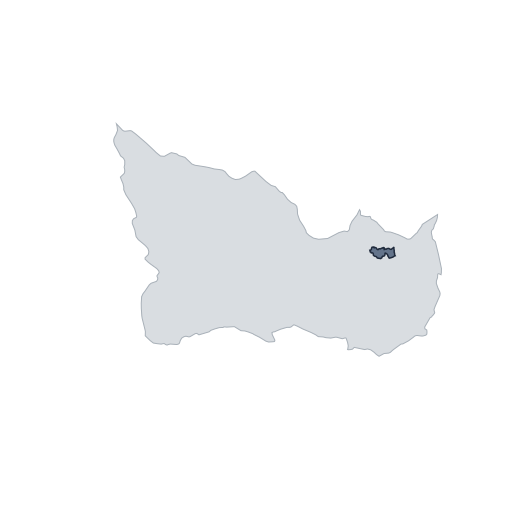 location of Boganda, Lobaye, Central African Republic, rotated 210°
{"feature_id": "33826404B33100016317003", "entity_name": "Boganda", "entity_type": "district", "adm_level": 2, "iso_a3": "CAF", "parent_name": "Central African Republic", "parent_adm1": "Lobaye", "projection": "mercator", "projection_center": [17.223, 4.309], "detail": "fine", "context": "in_parent", "style": "filled", "palette": "slate", "viewbox_px": 512, "rotation_deg": 210, "n_neighbors": 0, "source": "geoboundaries", "source_scale": "gbopen_adm2", "svg_char_len": 5709}
<svg xmlns="http://www.w3.org/2000/svg" viewBox="0 0 512 512"><g transform="rotate(210 256 256)"><path d="M346.2,196.7L350.5,197.8L351.2,199.1L350.0,203.4L350.9,206.1L353.3,208.4L355.7,209.3L358.0,209.9L366.1,211.3L369.5,212.8L373.9,217.9L379.5,222.4L380.8,224.9L380.6,227.1L378.9,229.7L379.2,230.8L381.7,233.5L384.7,236.2L390.0,239.3L399.3,244.0L403.6,247.2L405.0,249.6L407.4,252.2L410.7,254.7L412.9,256.5L411.4,261.7L411.9,263.4L412.7,264.9L414.6,267.0L415.4,269.6L417.3,272.9L419.6,274.4L423.4,275.0L425.5,276.5L429.7,279.1L433.7,281.4L435.5,283.0L436.6,284.3L437.5,286.0L437.9,287.6L438.0,291.1L438.7,295.5L440.9,298.5L443.0,300.7L434.6,298.2L433.4,298.1L431.9,298.5L427.6,301.7L426.2,302.1L420.7,301.4L407.5,298.9L397.3,296.5L394.3,295.7L388.8,294.8L385.2,296.5L381.8,302.1L380.9,303.2L375.6,304.8L373.1,304.4L366.9,305.9L357.5,303.6L354.1,304.1L351.4,305.2L344.6,307.8L340.5,309.2L335.7,310.5L331.1,312.5L328.1,313.6L325.1,313.6L322.3,312.5L319.4,311.5L315.8,311.3L312.1,311.9L309.0,314.1L307.7,315.7L305.0,319.9L301.8,326.8L300.5,328.2L299.4,328.9L284.6,325.5L278.2,324.7L273.9,325.7L268.5,323.8L266.1,323.5L265.0,324.1L262.0,323.2L257.1,320.9L252.4,319.9L248.2,320.2L245.6,319.4L243.6,317.1L240.9,313.0L236.1,308.8L229.6,305.5L225.6,303.0L224.0,301.3L220.5,300.4L215.2,300.2L210.1,301.8L202.7,307.0L195.9,317.7L192.1,321.7L189.0,322.8L188.3,325.4L189.8,329.4L190.2,334.1L189.1,342.1L189.5,347.9L187.9,346.9L186.3,344.2L185.6,343.7L181.1,344.9L178.7,346.0L177.5,347.1L176.6,347.2L175.1,345.8L174.0,345.5L172.2,345.8L170.4,345.7L169.2,345.6L168.5,345.7L166.3,344.8L158.6,342.6L157.3,341.8L155.7,341.9L151.7,343.9L149.6,344.4L143.2,345.6L136.3,346.2L133.7,346.2L131.9,347.1L130.7,348.3L128.6,355.6L128.0,356.9L128.1,358.8L127.5,364.7L127.8,366.5L119.5,382.7L118.2,380.0L117.3,376.9L117.0,373.2L117.2,372.3L116.7,371.2L116.0,368.2L116.6,366.3L116.1,364.3L114.5,362.3L113.1,360.8L112.2,359.5L111.5,358.9L109.9,358.7L107.8,358.0L98.7,348.5L89.1,337.8L87.2,334.3L86.4,332.3L88.8,332.1L89.4,331.7L89.4,330.8L88.0,328.1L87.3,324.6L86.1,322.4L82.4,319.2L78.8,316.7L77.7,315.4L77.0,313.6L75.7,302.0L75.1,298.7L74.0,297.3L73.1,296.6L72.8,295.8L73.0,293.7L73.5,291.9L73.4,291.2L74.4,289.5L74.4,278.8L73.3,277.4L71.1,277.3L70.0,275.8L69.0,273.8L69.3,272.4L71.4,270.2L72.7,269.4L76.8,267.7L77.9,266.8L78.6,265.8L79.1,264.3L81.5,258.8L84.9,253.3L86.4,252.2L90.0,244.1L90.8,242.0L91.4,239.9L92.5,238.3L96.4,235.5L99.3,230.7L102.4,230.9L105.7,231.7L109.8,232.1L113.0,231.2L115.1,229.3L125.2,226.0L125.9,223.5L127.5,222.1L129.3,220.9L130.0,220.8L130.1,221.6L131.2,224.3L133.5,227.0L136.9,229.9L137.8,229.7L139.9,227.5L145.2,226.1L146.5,225.5L150.2,222.3L154.7,220.2L157.3,219.5L161.8,217.3L165.0,217.6L170.2,217.3L178.8,216.2L185.0,215.9L188.2,215.5L189.0,215.1L190.2,212.0L191.1,211.1L193.5,209.7L198.0,205.0L201.0,201.1L202.0,199.6L202.6,199.4L203.9,197.7L202.6,196.0L197.5,192.5L197.5,192.0L197.2,191.4L197.5,190.9L199.5,189.5L202.1,187.8L204.9,187.2L212.3,187.4L218.5,187.0L220.0,187.1L224.9,186.3L228.2,185.5L231.7,183.8L239.4,184.0L245.9,179.7L247.8,178.9L248.6,178.2L248.8,177.6L251.8,175.8L255.2,172.3L257.9,169.1L258.7,166.9L266.0,159.2L268.5,159.4L269.8,158.4L272.7,153.3L273.6,152.4L276.6,151.5L278.1,150.0L279.3,147.7L279.3,144.9L278.8,142.7L278.8,141.6L279.4,140.6L280.6,139.6L286.2,136.9L287.6,135.6L288.5,134.4L290.0,134.1L291.7,134.3L292.8,133.5L294.0,132.3L297.9,130.6L301.4,129.3L305.2,129.8L312.0,131.5L314.0,135.2L315.0,136.4L323.4,145.1L325.0,147.1L329.2,153.4L331.7,157.6L334.7,163.6L335.0,166.9L334.6,169.8L334.0,177.7L333.2,180.0L329.5,184.3L329.4,186.3L330.1,187.9L331.3,188.6L331.9,189.4L331.5,193.1L332.8,194.5L335.6,195.5L342.6,196.2L346.2,196.7Z" fill="#d9dde1" stroke="#a8b0b8" stroke-width="1"/><path d="M160.3,317.9L160.0,317.6L159.4,317.0L159.2,316.7L158.8,316.8L158.3,316.7L158.1,316.4L157.8,316.3L157.6,316.3L157.4,316.6L157.2,316.7L156.9,316.9L156.6,316.9L156.3,316.9L155.9,316.9L155.7,316.7L155.1,316.0L155.0,315.6L154.7,315.4L154.1,315.2L153.6,315.2L152.8,315.2L152.5,315.3L152.1,315.5L151.7,315.6L151.3,315.5L151.0,315.4L150.7,315.3L150.4,315.1L150.2,315.0L149.9,314.9L149.6,315.0L149.3,315.2L148.9,315.3L148.7,315.3L147.8,315.7L147.4,315.9L147.2,315.9L146.7,316.1L146.6,316.5L146.4,316.9L146.2,317.1L146.2,317.4L146.2,317.7L146.3,318.1L146.3,318.4L146.3,318.6L146.3,318.9L146.2,319.1L146.0,319.3L145.6,319.5L145.3,319.8L145.1,320.1L144.9,320.3L144.8,320.7L144.9,321.0L145.0,321.3L145.1,321.9L145.2,322.1L145.4,322.4L145.5,322.7L145.6,322.9L145.6,323.1L145.4,323.2L145.1,323.3L144.6,323.3L143.9,323.2L143.3,323.1L142.7,322.8L142.1,322.4L141.9,322.0L140.6,321.4L140.0,320.9L139.5,320.8L138.4,321.8L137.5,322.8L136.8,323.7L136.4,324.5L136.3,325.0L136.0,325.4L135.6,325.8L135.8,325.9L136.6,326.5L137.5,327.8L138.3,328.4L138.8,329.5L140.4,331.5L141.1,332.8L141.1,332.3L141.2,331.9L141.4,331.3L141.6,330.9L141.8,330.6L141.9,330.1L142.1,329.5L142.4,329.2L142.8,329.1L143.3,329.0L143.8,328.9L144.3,329.0L144.8,329.0L145.7,328.3L146.2,328.0L146.3,327.6L146.4,327.2L146.8,327.0L147.0,326.8L147.4,326.8L147.5,326.7L147.6,326.4L147.8,326.1L148.2,325.7L148.4,325.9L148.6,326.1L148.9,326.5L148.8,326.9L149.2,327.2L149.6,327.2L150.0,326.8L150.3,326.6L150.3,326.2L150.6,325.9L151.1,325.6L151.4,325.2L151.6,324.6L152.2,324.2L152.8,324.0L153.1,323.8L153.2,323.4L153.3,322.9L153.5,322.5L153.8,322.4L154.3,322.4L154.9,322.5L155.2,322.8L155.7,323.0L156.4,323.1L156.8,323.0L157.2,322.7L157.5,322.4L157.7,322.2L157.9,322.2L158.0,322.4L158.1,322.6L158.3,322.7L158.4,322.8L158.6,322.7L158.8,322.4L159.1,322.1L159.4,322.0L159.7,321.9L159.8,321.8L159.9,321.6L159.9,321.3L159.9,320.9L159.5,319.5L159.5,319.0L159.7,318.3L160.0,318.1L160.3,317.9Z" fill="#64748b" stroke="#1e293b" stroke-width="1.5"/></g></svg>